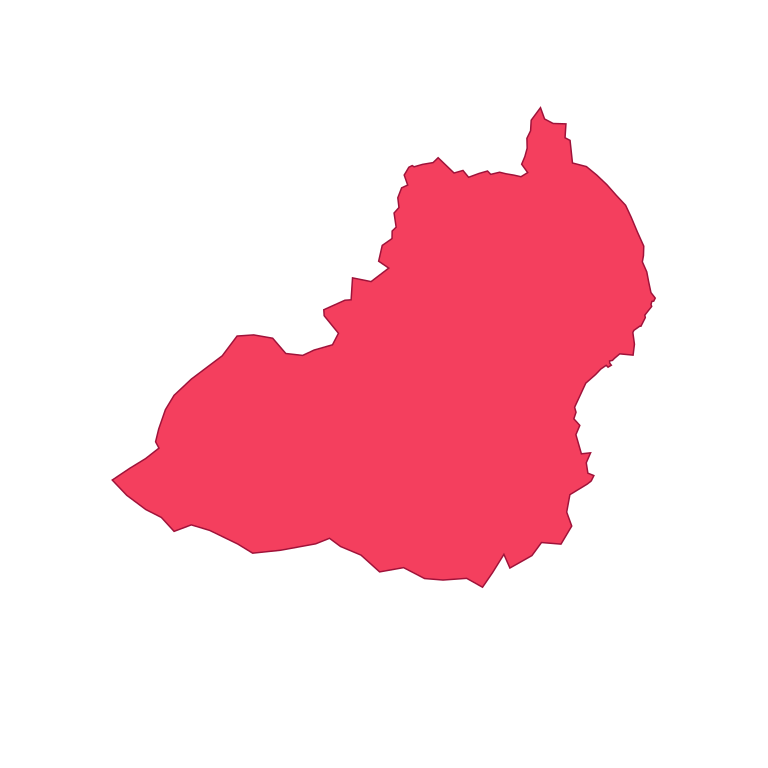 outline of Kedares, Paphos, Cyprus, rotated 344°
{"feature_id": "46923920B11025304777915", "entity_name": "Kedares", "entity_type": "district", "adm_level": 2, "iso_a3": "CYP", "parent_name": "Cyprus", "parent_adm1": "Paphos", "projection": "albers", "projection_center": [32.731, 34.831], "detail": "fine", "context": "isolated", "style": "filled", "palette": "rose", "viewbox_px": 768, "rotation_deg": 344, "n_neighbors": 0, "source": "geoboundaries", "source_scale": "gbopen_adm2", "svg_char_len": 1933}
<svg xmlns="http://www.w3.org/2000/svg" viewBox="0 0 768 768"><g transform="rotate(344 384 384)"><path d="M346.6,296.0L345.3,301.9L354.2,322.7L345.3,332.1L326.1,332.1L313.7,334.1L298.0,327.6L289.6,309.3L272.3,300.9L256.0,297.4L236.3,312.3L200.3,326.1L179.1,337.0L166.8,348.4L155.0,365.2L148.5,376.6L150.0,383.6L134.2,390.0L116.5,394.9L96.3,401.4L97.0,402.8L106.1,420.2L120.4,439.0L133.2,450.9L141.6,467.8L159.9,466.3L176.1,476.7L199.3,497.5L211.1,510.4L238.8,515.3L274.3,518.8L289.1,517.3L297.4,528.2L314.7,542.1L328.0,563.4L352.2,565.9L369.4,582.2L386.7,588.7L409.9,593.6L420.6,604.4L422.7,606.5L436.5,595.1L452.3,580.8L454.3,595.6L478.9,589.7L491.7,579.8L510.0,586.7L525.3,572.3L524.3,557.5L532.2,541.6L551.9,536.2L556.5,534.3L560.5,529.9L555.4,525.9L556.7,515.5L563.6,507.1L554.5,505.5L554.5,485.6L560.8,477.8L556.9,469.8L560.8,464.1L560.8,458.9L578.2,438.8L590.2,433.1L596.5,429.4L602.7,427.3L604.0,429.6L607.7,428.6L606.7,426.1L607.2,424.0L610.1,424.3L612.5,422.9L618.9,420.0L631.4,424.9L635.7,414.8L637.4,403.1L639.0,401.3L645.9,398.9L646.9,399.3L653.5,392.2L653.7,389.7L662.7,383.2L662.6,381.1L664.3,378.4L666.1,378.7L668.4,376.2L665.8,369.7L666.6,358.4L667.5,348.7L666.0,337.8L668.8,332.1L671.7,323.1L669.5,308.0L667.6,292.0L665.5,278.8L659.3,266.7L653.3,254.1L646.1,241.8L638.5,230.8L626.1,223.5L630.0,201.1L625.9,197.2L630.6,184.1L618.4,180.2L611.4,173.5L610.6,161.5L598.2,171.0L594.7,181.0L589.1,187.2L586.6,196.8L582.1,204.2L576.9,210.7L580.4,220.4L572.8,222.5L566.4,219.0L559.1,215.5L553.5,212.3L544.4,211.9L542.2,207.8L533.3,207.8L522.3,208.6L518.8,200.5L509.5,200.5L498.4,181.4L492.2,184.7L481.6,183.5L472.8,183.5L471.3,181.8L467.6,182.5L463.5,186.4L461.0,188.7L461.6,199.3L455.0,200.3L448.6,208.8L447.0,218.5L440.8,222.4L438.9,236.6L434.0,239.2L431.8,246.4L420.5,250.3L412.7,264.5L420.5,273.9L399.8,282.0L383.0,273.3L375.6,294.0L369.5,292.7L346.6,296.0Z" fill="#f43f5e" stroke="#9f1239" stroke-width="1.5"/></g></svg>